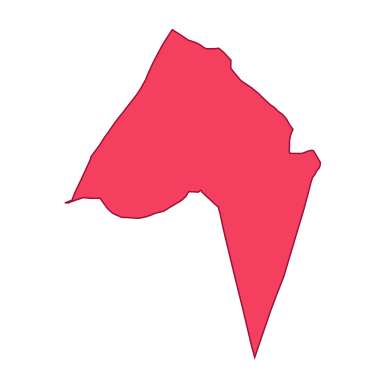 outline of Tikrit, Sala ad-Din, Iraq, rotated 274°
{"feature_id": "34846034B31147654733032", "entity_name": "Tikrit", "entity_type": "district", "adm_level": 2, "iso_a3": "IRQ", "parent_name": "Iraq", "parent_adm1": "Sala ad-Din", "projection": "orthographic", "projection_center": [43.738, 34.759], "detail": "fine", "context": "isolated", "style": "filled", "palette": "rose", "viewbox_px": 384, "rotation_deg": 274, "n_neighbors": 0, "source": "geoboundaries", "source_scale": "gbopen_adm2", "svg_char_len": 1698}
<svg xmlns="http://www.w3.org/2000/svg" viewBox="0 0 384 384"><g transform="rotate(274 192 192)"><path d="M352.6,161.0L339.4,153.7L335.4,151.7L317.4,143.8L305.9,139.5L300.5,137.8L291.1,133.3L286.0,130.5L279.4,126.2L275.0,123.1L265.8,117.1L261.4,113.9L254.4,109.4L247.8,105.5L245.7,104.3L239.7,100.5L232.4,96.6L220.3,88.9L217.2,88.3L213.5,86.9L197.6,80.9L189.4,77.7L182.9,75.1L175.4,72.8L172.3,65.9L172.5,69.4L173.7,71.8L176.7,78.7L178.8,84.1L178.6,91.5L179.3,100.8L175.1,104.2L169.6,108.9L165.8,113.5L164.7,115.6L162.0,123.0L161.8,124.9L162.0,129.5L162.0,135.1L162.0,139.0L162.5,142.5L163.9,147.4L165.6,151.5L168.4,157.3L170.9,165.2L172.8,167.6L182.8,182.0L185.5,184.7L187.4,186.4L192.0,188.5L192.3,193.1L192.3,198.2L194.4,200.8L192.5,202.1L181.6,215.6L178.8,219.3L176.7,220.0L172.9,221.4L160.8,224.8L150.0,228.1L108.7,241.2L75.6,251.9L42.5,262.2L31.4,266.1L40.2,268.4L44.8,269.6L78.6,278.6L96.7,284.0L115.0,289.7L134.1,293.9L144.1,296.2L159.0,299.5L173.5,302.8L182.9,304.9L190.5,306.3L198.3,307.9L208.9,309.8L214.2,311.0L218.8,313.7L221.7,314.9L224.9,317.2L227.2,317.9L230.3,318.1L239.9,311.5L241.6,310.3L242.0,308.7L240.6,304.1L238.5,300.1L238.0,297.6L237.6,290.8L237.4,286.7L239.7,286.2L245.0,286.0L249.6,285.7L255.0,286.2L257.3,286.9L261.6,288.3L265.5,285.0L271.4,281.1L274.1,278.5L275.8,276.7L278.4,272.5L282.3,267.8L284.5,264.1L288.5,259.0L292.2,254.6L295.0,251.3L299.8,244.6L301.9,241.1L305.3,235.1L306.6,233.0L310.6,229.0L318.0,222.1L322.4,221.8L326.4,221.6L328.0,219.7L333.7,213.7L337.3,208.6L336.5,204.6L336.3,200.9L335.9,197.4L335.9,196.5L336.8,193.9L338.2,191.8L340.1,188.4L341.6,184.2L343.4,177.2L345.0,174.7L352.6,161.0Z" fill="#f43f5e" stroke="#9f1239" stroke-width="1.5"/></g></svg>